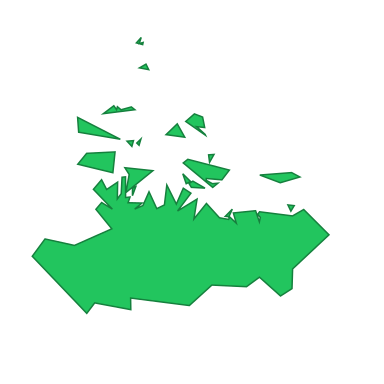 Myeik, Tanintharyi, Myanmar (Mercator projection), rotated 102°
{"feature_id": "60261553B82376991609151", "entity_name": "Myeik", "entity_type": "district", "adm_level": 2, "iso_a3": "MMR", "parent_name": "Myanmar", "parent_adm1": "Tanintharyi", "projection": "mercator", "projection_center": [98.426, 12.423], "detail": "medium", "context": "isolated", "style": "filled", "palette": "green", "viewbox_px": 384, "rotation_deg": 102, "n_neighbors": 0, "source": "geoboundaries", "source_scale": "gbopen_adm2", "svg_char_len": 1952}
<svg xmlns="http://www.w3.org/2000/svg" viewBox="0 0 384 384"><g transform="rotate(102 192 192)"><path d="M185.9,79.1L194.5,88.7L197.3,121.8L200.3,123.1L202.6,119.9L207.2,119.9L197.1,125.9L203.9,147.2L213.3,142.2L208.1,150.7L200.4,149.0L208.9,154.4L208.6,151.5L209.5,150.1L211.2,150.5L211.5,159.8L200.2,175.5L218.0,184.5L197.9,185.6L213.6,202.2L193.4,192.8L190.1,201.3L207.1,204.8L190.4,218.1L210.4,216.3L215.6,223.0L200.7,234.1L215.5,237.2L220.6,244.5L213.2,238.6L215.8,252.3L209.8,251.6L211.2,255.8L191.0,260.2L192.1,263.5L208.4,260.9L214.3,263.6L197.8,266.8L207.3,276.0L198.8,283.0L209.9,289.0L225.3,266.3L221.1,278.2L228.9,282.4L244.7,262.8L268.7,295.9L268.5,326.0L288.1,334.9L332.6,269.7L320.7,264.1L319.8,227.4L308.5,230.0L303.6,171.0L278.9,153.2L273.3,119.0L261.3,108.3L275.3,83.8L265.7,74.1L246.3,77.6L205.4,49.1L185.9,79.1ZM162.8,160.0L160.9,202.9L165.4,206.6L183.2,172.7L178.0,168.5L179.6,173.8L177.6,180.6L175.8,180.8L173.9,165.3L162.8,160.0ZM189.6,273.4L168.8,275.6L176.1,303.1L188.6,309.5L189.6,273.4ZM157.1,315.3L155.3,273.1L142.8,319.4L157.1,315.3ZM179.3,234.7L182.2,262.7L187.9,257.1L206.2,256.5L179.3,234.7ZM124.3,212.8L133.7,190.6L132.9,191.2L127.1,201.1L126.3,193.0L116.5,197.2L115.1,205.9L124.3,212.8ZM139.9,210.5L128.4,220.6L141.3,229.3L139.9,210.5ZM154.9,89.6L152.3,98.6L161.3,129.2L164.6,107.6L154.9,89.6ZM123.4,265.0L121.4,269.0L126.3,278.5L124.1,282.7L127.2,282.9L123.9,286.4L133.8,295.0L123.4,265.0ZM185.5,180.1L181.2,193.4L184.3,196.7L187.6,193.6L185.5,180.1ZM159.3,181.0L150.7,178.3L152.2,183.5L159.3,181.0ZM176.1,204.8L185.1,199.4L182.0,195.6L176.1,204.8ZM58.1,270.9L55.9,270.9L57.8,274.5L51.4,273.8L57.7,277.4L58.1,270.9ZM190.2,91.3L184.1,89.2L184.7,95.5L190.2,91.3ZM200.6,251.0L208.0,249.5L198.4,248.1L200.6,251.0ZM81.5,269.2L81.3,259.8L76.5,263.6L81.5,269.2ZM159.9,260.3L153.9,259.9L155.8,266.1L159.9,260.3ZM157.3,253.5L150.8,253.0L155.6,256.2L157.3,253.5Z" fill="#22c55e" stroke="#15803d" stroke-width="1.5"/></g></svg>